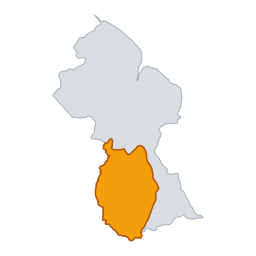 Guyana, with Upper Takutu-Upper Essequibo highlighted
{"feature_id": "GUY-674", "entity_name": "Upper Takutu-Upper Essequibo", "entity_type": "Region", "adm_level": 1, "iso_a3": "GUY", "parent_name": "Guyana", "parent_adm1": "", "projection": "albers", "projection_center": [-59.289, 2.847], "detail": "fine", "context": "in_parent", "style": "filled", "palette": "amber", "viewbox_px": 256, "rotation_deg": 0, "n_neighbors": 0, "source": "natural_earth", "source_scale": "10m", "svg_char_len": 7588}
<svg xmlns="http://www.w3.org/2000/svg" viewBox="0 0 256 256"><path d="M72.8,117.6L66.3,110.4L59.8,103.1L53.4,96.0L53.0,95.0L55.7,91.7L58.1,89.2L60.1,87.8L61.0,86.6L60.3,81.4L60.3,79.5L59.4,77.5L58.7,75.2L59.6,73.3L60.5,71.9L61.8,71.4L64.7,71.0L66.8,70.8L67.6,70.0L68.8,69.1L70.4,69.1L73.6,69.7L75.0,68.6L77.6,67.0L83.4,64.3L84.7,62.5L85.6,59.8L85.5,58.5L84.9,58.1L83.5,57.6L81.3,57.5L79.5,58.2L77.7,57.9L76.2,56.2L76.1,54.8L77.0,52.8L76.4,51.5L73.5,47.4L73.6,46.3L75.7,44.4L76.9,42.8L78.5,39.1L79.8,37.8L83.9,37.4L84.9,36.6L87.0,34.6L90.0,32.3L94.5,30.5L95.7,27.2L96.5,26.3L100.1,24.5L100.7,23.6L100.6,22.8L94.9,15.4L96.1,15.9L100.4,20.7L102.9,21.8L103.4,21.8L103.4,20.5L105.6,21.1L111.4,24.4L119.8,29.8L131.6,40.2L135.0,44.1L137.3,46.0L140.8,50.5L141.8,52.7L141.7,61.5L138.6,67.4L137.9,71.9L137.7,77.8L135.9,81.3L138.3,79.4L139.0,74.0L141.1,70.8L143.7,67.2L147.3,66.3L151.1,67.8L154.2,68.1L156.9,69.2L162.7,74.9L168.4,79.4L170.4,83.0L176.4,84.9L180.0,87.7L181.1,90.2L181.8,96.7L180.7,106.5L181.0,107.0L179.4,108.9L179.1,110.1L178.1,112.3L177.2,113.5L178.4,116.2L179.8,116.3L180.3,116.7L180.6,117.2L180.6,117.8L180.0,118.3L178.8,119.0L177.5,120.5L177.6,122.3L176.9,123.2L174.4,123.6L169.6,123.6L167.2,123.8L165.3,124.1L164.0,125.2L162.4,126.0L161.2,126.2L160.1,127.5L159.0,129.3L159.4,130.6L160.5,132.2L161.2,134.0L160.3,136.7L159.3,138.9L158.8,140.5L158.0,143.7L156.2,147.2L154.8,149.2L154.8,151.3L155.5,154.4L159.3,158.8L160.6,160.9L161.6,164.3L165.1,167.0L167.2,169.2L167.0,172.1L167.3,173.0L168.7,173.7L170.3,174.2L172.1,174.2L173.7,173.9L174.1,173.5L177.8,173.5L178.2,174.2L178.4,178.3L178.6,180.0L179.5,180.7L180.0,181.7L180.1,182.6L180.2,184.9L180.8,186.1L180.7,188.6L181.1,189.5L182.1,190.1L183.4,191.9L183.9,192.1L184.2,192.7L185.3,195.3L185.8,196.0L186.2,196.1L186.4,197.0L187.2,199.3L187.8,199.9L188.8,201.6L189.2,203.5L190.6,205.6L192.0,207.1L192.7,208.7L194.5,212.1L196.2,214.5L198.6,215.1L200.6,215.5L201.8,216.4L203.0,217.4L201.7,217.8L200.5,218.5L198.9,218.0L196.7,218.2L194.3,218.9L192.2,219.3L188.1,218.2L186.9,218.1L186.0,217.6L184.3,215.5L183.5,215.2L181.4,216.2L178.7,216.9L177.5,216.8L175.9,217.5L174.5,218.5L171.9,222.6L170.5,224.1L169.0,224.7L166.0,224.7L162.8,224.9L160.4,225.9L158.2,226.4L157.1,226.5L156.7,228.7L156.2,229.8L155.5,230.4L153.8,230.6L152.2,230.5L151.3,229.5L149.5,229.1L148.0,228.7L147.0,228.2L146.1,228.3L145.5,229.3L144.9,230.1L144.5,231.6L142.1,232.0L141.1,232.9L141.7,235.7L141.4,236.8L140.9,237.6L138.1,237.8L135.6,237.7L134.2,238.7L132.5,239.9L131.4,240.2L130.2,240.1L128.5,238.7L126.9,237.0L122.9,235.8L118.9,234.8L116.3,232.1L115.6,230.8L114.4,230.2L111.3,227.0L109.6,224.9L107.7,224.3L105.5,223.5L105.6,222.0L105.5,220.5L104.6,219.9L103.3,219.6L102.8,218.7L102.9,216.9L103.2,212.0L102.8,207.3L100.0,205.7L98.7,204.6L96.6,197.7L95.5,194.6L95.5,192.3L96.2,185.4L97.0,182.4L99.3,176.4L100.5,174.4L100.6,172.9L100.5,170.9L99.8,167.1L103.6,164.7L105.2,163.6L105.5,162.0L107.5,160.0L108.4,158.0L109.1,156.5L108.9,155.7L108.0,155.2L107.0,153.7L104.8,149.5L104.0,148.7L103.4,147.5L103.7,145.6L104.6,143.6L104.5,142.8L103.2,141.7L100.5,139.9L98.3,139.7L96.5,139.1L94.0,139.0L92.0,138.8L90.9,138.1L91.1,137.0L91.6,136.1L93.3,134.0L94.4,131.8L94.6,129.6L94.9,126.6L95.4,124.1L95.7,121.3L93.0,119.4L92.2,117.9L91.1,116.5L89.9,116.5L88.0,115.9L85.2,117.7L82.9,117.4L81.4,118.0L77.8,117.9L75.5,117.0L72.8,117.6Z" fill="#d9dde1" stroke="#a8b0b8" stroke-width="1"/><path d="M107.9,155.5L107.7,155.3L107.7,154.6L107.6,154.4L107.4,154.2L107.0,153.4L106.0,152.5L105.7,152.0L105.8,151.3L106.1,150.8L106.2,150.3L105.5,149.8L104.2,149.4L103.7,149.0L103.4,148.2L103.3,147.9L103.3,147.6L103.4,147.1L103.5,146.9L103.7,146.5L103.8,146.4L103.7,146.2L103.4,145.8L103.4,145.7L103.7,145.1L104.7,144.0L104.9,143.3L104.9,143.1L105.3,143.0L106.4,143.1L107.1,143.0L107.4,142.9L107.6,142.7L107.8,142.5L107.9,142.3L108.9,140.3L109.1,140.1L109.4,139.7L109.7,139.5L109.9,139.3L110.1,139.1L110.4,139.0L111.0,138.9L111.7,139.1L111.9,139.6L112.1,140.1L112.5,141.1L112.6,141.7L112.6,142.0L112.3,142.5L112.2,142.9L112.0,143.5L112.1,144.8L112.3,146.1L112.3,146.4L112.2,146.6L111.8,147.1L111.6,147.3L111.5,147.7L111.5,148.0L111.6,148.3L111.8,148.6L112.0,148.8L112.3,149.0L113.3,149.4L113.7,149.6L114.2,149.7L118.3,149.8L120.1,149.6L120.6,149.6L121.2,149.7L121.4,149.7L121.6,149.6L121.9,149.5L123.2,148.9L123.4,148.8L123.6,148.7L123.8,148.7L124.0,148.8L124.4,149.0L124.5,149.1L124.8,149.8L124.9,150.6L125.1,150.9L125.2,151.2L127.3,153.9L127.6,154.2L127.8,154.3L128.2,154.4L129.3,154.5L129.6,154.4L129.9,154.2L130.4,153.9L131.2,153.0L131.8,152.3L135.9,148.6L136.1,148.4L136.7,147.4L137.2,146.8L137.6,146.5L138.2,146.1L139.0,145.7L139.7,145.6L140.0,145.6L140.7,145.7L141.6,146.1L143.0,146.7L143.5,147.6L145.4,150.2L146.6,154.4L146.6,154.7L146.6,155.1L146.4,156.0L146.4,156.4L146.4,156.9L147.4,160.9L147.6,161.5L147.9,162.0L150.7,166.2L151.7,168.2L151.9,168.7L152.0,169.4L152.0,170.1L153.0,174.2L153.0,174.7L152.9,176.1L152.9,177.0L153.1,177.9L153.4,178.8L156.7,183.4L158.6,188.0L158.7,188.6L158.6,188.8L156.2,192.0L155.7,192.9L155.7,193.2L155.6,193.6L155.6,194.0L155.9,198.0L155.9,198.9L155.9,199.5L155.7,200.1L155.3,201.2L153.2,205.2L148.4,218.8L147.3,221.0L146.0,222.9L144.5,226.5L144.1,227.0L142.8,228.3L141.7,229.9L141.5,230.6L141.2,232.4L140.9,232.9L141.1,233.5L141.6,234.7L141.8,235.4L141.8,236.1L141.7,236.6L140.7,238.1L140.4,238.2L140.2,238.0L140.0,237.9L139.8,237.7L139.7,237.6L139.4,237.6L139.0,237.9L138.8,238.0L135.7,237.7L135.2,237.7L134.9,238.0L134.0,239.2L133.5,239.7L132.9,240.2L132.2,240.5L131.6,240.6L131.0,240.6L130.5,240.6L129.9,240.3L129.1,239.7L128.8,239.0L128.7,238.4L128.2,237.6L127.6,237.2L127.0,236.8L126.8,236.8L125.6,236.3L120.5,235.4L118.5,234.8L118.0,234.5L117.6,234.0L117.0,232.5L116.7,232.2L116.1,231.8L116.0,231.3L115.9,230.7L115.6,230.3L115.3,230.2L114.7,230.4L114.3,230.3L114.2,230.2L114.0,229.7L113.9,229.5L113.7,229.4L113.3,229.4L113.2,229.3L112.9,229.0L112.3,227.9L112.0,227.6L111.1,226.9L110.6,226.2L109.7,224.8L109.1,224.3L108.4,224.1L107.9,224.1L107.3,224.3L106.7,224.3L106.4,224.2L106.1,224.1L105.8,223.9L105.1,223.1L105.1,222.9L105.6,222.2L106.2,221.0L106.2,220.6L105.9,220.6L105.5,220.5L104.4,220.1L104.0,220.1L103.4,220.3L103.0,220.3L102.7,219.9L102.6,219.3L102.5,218.6L102.6,218.1L102.7,217.8L103.0,217.2L103.2,216.9L103.2,216.6L103.1,215.8L103.2,215.5L103.4,215.0L103.4,214.8L103.3,214.4L103.0,213.8L102.9,213.4L103.0,213.1L103.3,212.5L103.4,212.2L103.4,211.9L103.2,211.0L103.1,209.9L103.3,208.7L103.3,207.6L102.6,206.9L102.3,206.8L101.7,206.8L101.4,206.7L101.1,206.5L100.1,205.7L98.9,205.1L98.3,204.7L98.0,204.1L98.1,203.8L98.4,203.3L98.4,203.0L98.3,202.6L98.3,202.0L98.2,201.7L97.3,199.7L97.2,199.1L97.2,198.7L96.9,197.9L96.4,197.7L96.2,197.6L96.3,197.5L96.4,197.1L96.4,196.9L95.5,195.0L95.4,194.4L95.6,189.4L96.2,186.9L96.3,186.3L96.2,184.5L96.3,183.8L96.6,183.0L97.4,181.7L97.6,181.6L97.8,181.5L98.0,181.4L98.1,181.2L97.8,180.7L97.9,180.4L98.3,180.3L98.3,180.2L98.0,179.7L97.9,179.5L97.9,179.1L98.1,178.9L98.3,178.7L98.5,178.4L98.9,177.0L99.1,176.7L99.8,175.4L100.2,174.4L100.3,174.4L100.5,174.3L100.8,174.1L100.8,173.9L100.7,173.5L100.6,173.3L100.8,171.8L100.2,172.0L100.3,171.5L100.8,170.2L100.6,169.5L100.0,168.8L99.6,168.2L99.6,167.3L100.3,166.4L102.8,165.5L104.0,164.5L104.7,164.1L105.0,163.9L105.2,163.6L105.2,163.3L105.1,163.0L105.2,162.7L105.4,161.9L105.8,161.5L107.0,161.0L107.6,160.5L107.7,160.1L107.6,159.6L107.5,158.9L107.7,158.2L108.2,157.5L108.7,156.9L109.3,156.7L109.6,156.7L109.8,156.5L109.8,156.3L109.8,156.0L109.5,155.7L109.2,155.6L108.2,155.5L107.9,155.5Z" fill="#f59e0b" stroke="#b45309" stroke-width="1.5"/></svg>